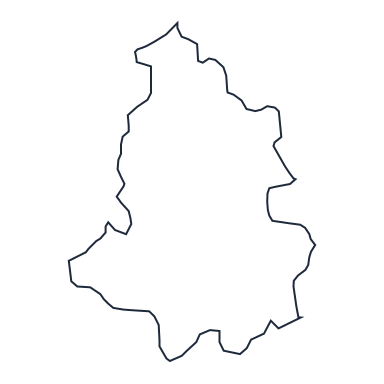 Inje-gun, Gangwon, South Korea (Mercator projection)
{"feature_id": "91817680B61474779558203", "entity_name": "Inje-gun", "entity_type": "district", "adm_level": 2, "iso_a3": "KOR", "parent_name": "South Korea", "parent_adm1": "Gangwon", "projection": "mercator", "projection_center": [128.258, 38.093], "detail": "fine", "context": "isolated", "style": "outline", "palette": "slate", "viewbox_px": 384, "rotation_deg": 0, "n_neighbors": 0, "source": "geoboundaries", "source_scale": "gbopen_adm2", "svg_char_len": 1637}
<svg xmlns="http://www.w3.org/2000/svg" viewBox="0 0 384 384"><path d="M281.3,137.0L278.8,111.4L274.9,107.6L267.2,106.2L261.2,109.7L255.3,111.1L246.5,109.0L241.6,100.5L233.5,94.6L227.6,92.5L227.2,90.0L226.2,75.6L223.4,67.2L215.3,59.9L209.0,58.5L202.7,62.7L198.1,60.9L197.1,44.1L188.3,39.2L181.6,36.7L177.4,27.9L177.4,23.0L166.1,34.5L161.0,37.6L154.9,41.4L150.4,43.9L146.4,46.1L141.9,47.9L137.6,49.3L135.0,52.0L135.9,55.8L136.5,59.6L136.7,62.1L141.9,63.6L151.0,66.4L151.0,81.0L151.0,93.0L147.5,99.8L137.3,106.7L127.8,115.2L128.7,125.5L128.7,131.5L122.7,136.6L121.0,144.4L121.0,153.8L118.4,159.8L117.6,169.2L121.0,176.9L124.4,183.7L123.6,186.3L116.7,196.6L121.0,202.6L128.7,211.1L130.4,218.0L131.3,224.0L126.1,234.2L115.0,230.0L108.2,222.3L105.6,226.5L105.6,232.5L100.4,238.5L96.2,241.1L91.9,245.4L88.5,248.8L85.9,252.2L68.8,260.8L71.3,281.3L77.3,286.5L90.2,287.3L100.4,294.2L103.9,299.3L108.2,303.6L113.3,307.9L123.6,309.6L134.7,310.4L149.2,311.3L154.4,316.4L158.7,325.0L159.5,340.4L159.5,346.4L166.4,358.4L169.8,361.0L181.8,355.8L186.9,350.7L196.3,342.1L199.8,334.4L210.0,330.1L219.5,331.0L219.5,340.4L219.5,342.1L223.7,350.7L240.0,354.1L246.8,348.1L251.1,339.6L264.0,333.6L270.8,320.7L278.5,328.4L300.8,317.5L298.4,317.3L296.3,306.0L293.5,286.4L293.8,280.8L298.0,275.5L305.4,269.9L308.2,265.0L309.3,257.3L311.0,251.7L315.2,245.0L310.7,239.1L309.3,234.1L305.1,227.8L300.2,224.7L289.3,223.3L272.4,220.8L269.3,215.6L267.9,210.3L267.2,201.9L267.5,193.5L269.3,188.2L275.3,186.8L290.0,184.0L295.5,179.2L293.5,178.4L291.4,175.6L289.3,172.8L285.1,166.5L273.5,146.1L274.6,142.3L281.3,137.0Z" fill="none" stroke="#1e293b" stroke-width="2"/></svg>